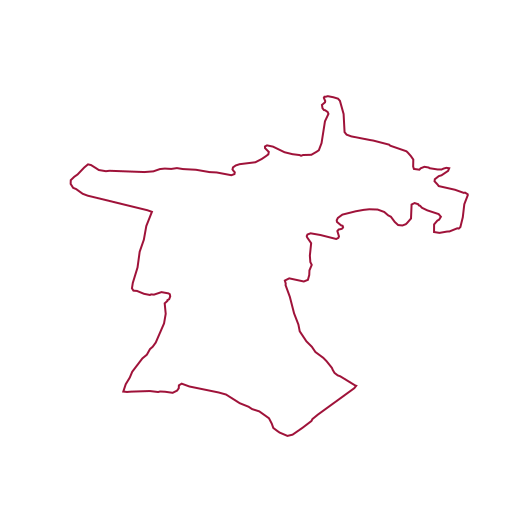 Casillas, Santa Rosa, Guatemala, rotated 101°
{"feature_id": "79465075B57906860405823", "entity_name": "Casillas", "entity_type": "district", "adm_level": 2, "iso_a3": "GTM", "parent_name": "Guatemala", "parent_adm1": "Santa Rosa", "projection": "equal_earth", "projection_center": [-90.184, 14.388], "detail": "fine", "context": "isolated", "style": "outline", "palette": "rose", "viewbox_px": 512, "rotation_deg": 101, "n_neighbors": 0, "source": "geoboundaries", "source_scale": "gbopen_adm2", "svg_char_len": 3167}
<svg xmlns="http://www.w3.org/2000/svg" viewBox="0 0 512 512"><g transform="rotate(101 256 256)"><path d="M190.4,62.2L188.6,60.9L178.5,60.4L165.4,61.4L155.8,59.7L155.0,60.0L153.9,62.9L154.4,64.1L153.0,73.3L152.5,90.0L151.2,91.4L148.6,95.0L146.5,95.1L142.7,91.8L141.4,89.3L135.8,83.7L133.0,83.1L133.1,85.9L134.3,88.4L135.7,90.4L136.4,94.2L136.7,102.5L136.2,103.3L136.3,107.7L138.5,111.1L140.1,112.1L140.4,117.6L138.2,118.8L131.3,120.0L128.3,123.1L125.6,126.6L124.5,128.3L122.1,145.3L121.3,146.6L120.3,163.0L120.4,166.1L120.4,185.3L119.6,190.2L117.5,192.7L99.9,197.1L87.7,203.2L85.9,205.5L85.4,210.4L85.4,216.0L86.3,217.8L86.6,219.2L87.8,219.6L90.7,217.6L92.0,217.6L95.1,220.1L98.3,218.9L99.8,217.1L99.7,216.0L101.0,213.1L102.7,212.0L110.6,214.0L132.7,213.2L140.2,214.5L142.2,216.5L146.1,221.0L147.9,229.1L149.0,230.9L148.6,232.4L149.1,239.6L148.7,247.8L145.4,260.2L145.3,266.3L146.8,268.1L148.4,267.7L151.4,263.3L153.9,263.3L156.2,265.4L159.7,268.9L164.1,274.5L169.0,289.6L171.0,293.2L173.4,295.5L175.5,295.6L176.5,294.6L177.9,292.8L179.7,292.8L181.4,295.6L181.5,310.6L182.5,317.6L182.8,331.4L184.6,344.3L184.8,350.4L186.7,355.8L187.6,362.3L189.0,366.9L192.5,372.9L194.9,381.6L200.3,416.1L201.4,419.5L201.6,426.7L200.4,429.6L198.2,435.3L198.1,438.4L201.9,441.5L210.0,446.7L212.9,449.5L216.9,452.3L220.6,451.7L224.0,448.5L224.6,445.4L228.0,438.0L228.9,432.7L231.8,371.3L232.5,366.6L247.5,369.4L261.4,369.2L274.0,371.0L289.9,370.1L305.9,371.8L311.4,371.6L313.4,369.7L313.0,366.2L314.5,358.7L314.5,352.7L313.7,351.6L313.4,348.8L309.5,341.9L309.4,334.8L310.0,333.3L312.0,332.5L315.0,333.0L316.2,334.5L317.0,334.4L319.9,336.6L330.0,333.6L339.7,333.4L360.1,337.9L364.8,340.1L367.6,342.3L373.7,344.3L378.2,348.0L393.2,355.4L399.4,356.7L406.7,359.4L414.4,360.4L414.2,358.3L414.1,356.7L413.6,355.0L412.9,352.4L408.8,334.4L408.2,326.1L407.3,324.3L406.6,319.4L406.2,311.7L403.2,307.8L400.6,306.6L397.7,307.0L395.5,304.6L396.8,296.5L397.1,266.6L397.7,259.0L403.6,243.9L405.4,234.5L407.0,230.7L407.9,223.1L412.8,212.3L417.6,208.5L421.5,206.2L423.6,201.9L424.8,199.2L426.6,190.8L424.4,186.0L415.8,177.6L407.4,170.1L405.3,169.5L400.0,165.1L367.0,134.3L364.3,132.9L364.1,134.1L358.0,150.4L357.6,153.0L355.8,156.6L353.1,159.0L352.3,159.5L351.3,160.2L350.7,160.9L345.7,166.8L343.2,170.4L338.9,179.4L334.5,183.8L330.1,190.3L321.6,198.7L315.2,201.3L305.0,207.7L289.6,215.0L279.0,221.4L277.3,221.6L274.6,223.0L271.6,219.1L271.9,204.2L269.5,200.5L264.5,200.1L259.9,200.8L254.1,199.6L251.6,201.5L245.4,203.2L232.9,204.3L227.9,209.4L226.8,210.0L225.1,209.6L223.3,206.7L223.1,196.7L224.0,180.5L222.5,178.6L220.9,178.3L216.0,180.9L214.2,179.9L213.8,178.8L213.0,177.1L212.3,176.4L211.1,176.0L209.8,176.8L209.7,178.3L207.1,183.0L205.5,183.6L203.0,182.9L198.9,179.1L195.5,171.8L193.1,166.7L190.2,159.2L188.5,153.7L187.2,145.5L188.3,138.5L190.9,134.0L191.7,131.1L196.1,126.3L198.5,122.4L198.1,118.1L196.2,115.0L194.8,114.0L189.6,111.0L175.8,113.1L173.8,110.5L174.2,106.6L175.2,105.9L175.4,104.5L177.0,102.3L178.5,96.6L180.0,84.7L182.2,82.0L185.4,83.2L186.6,84.7L191.0,87.2L198.5,85.8L198.3,80.3L195.5,73.0L195.0,70.8L190.4,63.7L190.4,62.2Z" fill="none" stroke="#9f1239" stroke-width="2"/></g></svg>